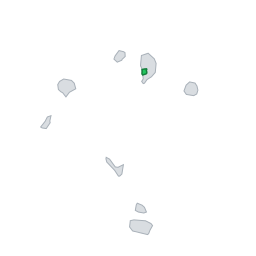 Cabo Verde, with São Miguel highlighted, rotated 219°
{"feature_id": "CPV-5047", "entity_name": "São Miguel", "entity_type": "state/province", "adm_level": 1, "iso_a3": "CPV", "parent_name": "Cabo Verde", "parent_adm1": "", "projection": "albers", "projection_center": [-23.646, 15.174], "detail": "fine", "context": "in_parent", "style": "filled", "palette": "green", "viewbox_px": 256, "rotation_deg": 219, "n_neighbors": 0, "source": "natural_earth", "source_scale": "10m", "svg_char_len": 1400}
<svg xmlns="http://www.w3.org/2000/svg" viewBox="0 0 256 256"><g transform="rotate(219 128 128)"><path d="M163.2,192.8L159.4,198.8L151.1,198.3L146.8,195.9L141.8,188.4L142.0,182.6L143.7,177.6L143.4,173.2L144.1,172.1L146.7,172.8L147.1,175.8L154.7,182.9L157.5,184.3L163.2,192.8ZM56.0,66.9L50.0,68.2L47.5,67.6L46.6,62.4L45.5,59.0L45.7,57.5L59.6,50.9L64.5,52.1L67.9,57.4L65.6,60.3L56.0,66.9ZM195.8,113.1L201.0,114.3L203.0,113.9L206.3,114.1L209.9,117.5L210.5,121.1L208.8,125.6L201.9,129.4L198.0,129.0L193.3,125.6L196.0,118.9L195.8,113.1ZM109.1,202.6L104.2,205.1L100.8,204.0L97.5,201.4L96.0,197.7L97.3,194.5L103.8,190.8L107.8,192.0L109.8,197.9L109.1,202.6ZM123.1,88.2L125.7,90.1L126.5,91.5L122.7,92.2L113.4,89.7L111.0,91.2L108.5,96.6L103.8,88.4L104.2,85.4L105.2,84.6L111.7,86.7L123.1,88.2ZM179.5,184.5L177.8,184.7L175.2,181.8L175.8,177.7L175.5,176.7L177.8,172.4L182.3,172.7L183.4,175.9L183.7,182.5L179.5,184.5ZM73.5,75.4L68.4,76.9L65.3,76.7L60.8,74.3L62.2,71.9L67.1,69.2L70.5,68.6L73.2,73.5L73.5,75.4ZM197.6,85.8L195.6,89.1L193.2,84.3L191.8,83.1L191.2,76.1L194.8,74.0L196.5,73.8L196.6,81.1L197.6,85.8Z" fill="#d9dde1" stroke="#a8b0b8" stroke-width="1"/><path d="M149.9,178.5L151.0,178.7L151.5,179.2L152.5,180.7L153.9,182.3L152.1,184.5L151.7,184.8L150.9,185.6L150.4,185.5L150.2,184.5L149.1,183.7L148.0,182.6L148.0,181.4L149.0,180.0L149.9,178.5Z" fill="#22c55e" stroke="#15803d" stroke-width="1.5"/></g></svg>